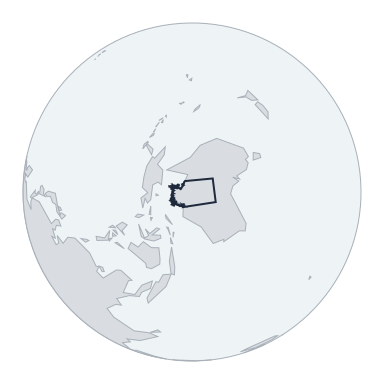 Northern Territory on an orthographic globe, rotated 263°
{"feature_id": "AUS-2650", "entity_name": "Northern Territory", "entity_type": "Territory", "adm_level": 1, "iso_a3": "AUS", "parent_name": "Australia", "parent_adm1": "", "projection": "orthographic", "projection_center": [133.869, -18.484], "detail": "fine", "context": "on_globe", "style": "outline", "palette": "slate", "viewbox_px": 384, "rotation_deg": 263, "n_neighbors": 0, "source": "natural_earth", "source_scale": "10m", "svg_char_len": 10753}
<svg xmlns="http://www.w3.org/2000/svg" viewBox="0 0 384 384"><g transform="rotate(263 192 192)"><circle cx="192" cy="192" r="169" fill="#eef3f6" stroke="#a8b0b8"/><path d="M309.0,200.7L309.0,202.0L308.8,202.1L309.0,200.7ZM278.4,46.8L278.3,46.7L278.2,46.7L278.4,46.8ZM342.6,123.1L341.2,119.5L342.9,122.3L342.6,123.1ZM339.8,117.0L340.4,118.3L339.7,117.2L339.8,117.0ZM338.9,116.0L339.5,116.8L339.0,116.3L338.9,116.0ZM337.9,115.1L338.4,115.4L338.4,115.5L337.9,115.1ZM336.0,112.6L335.4,111.9L335.7,111.9L336.0,112.6ZM188.7,23.1L189.5,23.1L190.2,23.0L203.5,23.4L216.7,24.9L229.8,27.3L242.7,30.8L241.9,30.6L247.9,32.6L243.4,31.4L242.4,31.8L234.0,30.0L234.0,30.9L236.3,31.7L238.0,33.8L233.4,36.4L226.8,30.8L231.7,28.5L228.8,28.8L226.3,27.9L223.4,27.7L221.6,28.3L223.3,28.8L204.6,27.3L194.1,30.2L202.4,30.9L205.5,32.8L200.9,39.2L177.7,48.6L181.6,53.3L180.5,56.2L174.1,57.7L175.5,53.3L170.8,51.5L172.6,49.1L162.8,50.7L165.0,47.4L156.3,50.8L157.4,53.5L165.2,52.9L156.8,57.8L162.2,63.2L160.6,70.1L143.9,83.0L130.3,87.7L129.0,90.2L124.8,87.7L117.4,93.3L123.8,107.4L122.9,111.9L111.7,121.6L111.8,118.2L100.6,111.5L97.2,122.8L105.6,130.8L108.5,141.8L101.4,139.1L98.6,129.7L94.7,127.1L96.8,117.3L95.4,104.3L88.3,108.1L89.8,102.7L86.8,93.5L77.2,99.2L61.3,117.5L57.5,132.2L52.7,140.4L50.9,122.4L54.1,109.6L50.8,112.5L51.0,104.7L44.0,111.1L45.3,108.5L43.5,111.5L43.6,111.3L49.6,101.0L56.3,91.3L63.7,82.0L71.8,73.3L80.4,65.1L89.6,57.6L99.2,50.8L109.4,44.6L119.9,39.2L130.8,34.5L142.0,30.6L153.5,27.5L165.1,25.2L176.9,23.7L188.7,23.1ZM39.4,119.4L40.2,117.9L44.2,110.4L41.9,115.2L41.7,117.6L33.8,134.4L29.3,146.3L33.8,132.6L39.4,119.4ZM26.6,157.4L28.1,152.0L27.2,155.8L23.9,176.6L23.0,191.1L24.0,174.2L26.6,157.4ZM26.1,223.9L26.3,225.0L30.0,239.8L32.0,246.4L26.1,223.9ZM39.1,263.8L39.5,264.6L39.7,265.2L39.1,263.8ZM90.8,297.2L94.1,298.8L93.0,299.8L90.8,297.2ZM30.1,228.1L39.0,256.8L38.9,259.5L35.4,252.7L29.8,236.2L28.9,228.9L27.5,220.6L30.1,228.1ZM149.2,167.6L154.3,168.4L154.2,169.2L149.2,167.6ZM143.7,164.8L149.5,165.0L142.9,166.6L143.7,164.8ZM151.8,165.2L157.6,163.7L160.2,162.5L159.8,164.1L151.8,165.2ZM139.9,165.0L119.7,165.8L111.9,164.4L113.6,161.3L126.1,161.1L139.9,165.0ZM113.0,161.3L101.4,154.7L87.1,135.0L92.2,134.4L107.4,145.3L106.4,147.8L113.4,153.2L113.0,161.3ZM141.7,145.0L140.7,152.3L129.4,152.1L124.3,151.2L120.8,142.3L122.8,137.6L126.8,137.4L143.7,121.7L149.4,125.3L143.9,131.7L148.6,137.7L141.7,145.0ZM57.8,133.4L59.3,141.3L56.9,143.7L57.8,133.4ZM151.3,111.6L144.0,117.9L150.9,109.5L151.3,111.6ZM155.9,104.0L156.0,107.0L153.5,104.0L155.9,104.0ZM128.1,94.2L123.7,95.2L124.0,93.1L129.8,90.7L128.1,94.2ZM159.3,76.2L157.8,81.7L156.4,83.7L155.2,80.3L159.3,76.2ZM271.0,265.3L273.6,268.3L269.0,273.1L262.3,277.2L255.3,276.5L271.0,265.3ZM217.8,264.5L216.2,256.6L223.8,257.6L221.9,263.8L217.8,264.5ZM275.7,262.3L279.8,257.1L279.9,248.4L281.1,256.9L286.0,259.8L275.4,268.6L275.7,262.3ZM185.6,230.1L154.2,241.9L146.9,240.1L147.7,234.3L138.8,217.5L141.1,217.8L138.3,206.8L156.2,196.8L168.7,180.0L179.9,181.8L187.6,170.4L199.6,172.6L196.6,181.7L209.8,190.0L217.0,169.6L226.6,194.6L237.3,205.7L242.2,223.0L229.3,248.5L220.3,252.3L217.8,249.0L214.3,251.3L207.7,248.8L202.5,238.4L199.1,240.8L201.8,234.2L197.1,239.8L193.0,233.3L185.6,230.1ZM271.7,203.6L273.9,205.1L277.8,211.0L274.3,208.8L271.7,203.6ZM303.6,203.0L304.9,205.7L302.5,205.0L303.6,203.0ZM308.8,202.1L305.9,201.4L309.0,200.7L308.8,202.1ZM281.3,192.8L282.5,194.8L281.7,195.0L281.3,192.8ZM280.4,192.0L281.5,190.0L281.5,192.4L280.4,192.0ZM269.5,175.6L270.6,174.8L271.3,175.9L269.5,175.6ZM162.0,168.6L169.0,163.0L173.0,162.8L162.0,168.6ZM267.5,172.4L264.4,171.3L264.7,170.2L267.5,172.4ZM267.6,169.7L267.1,167.8L269.3,172.5L267.6,169.7ZM261.5,164.1L265.4,168.2L261.1,164.3L261.5,164.1ZM259.3,163.8L256.5,161.8L256.7,161.3L259.3,163.8ZM230.0,158.9L240.1,171.0L232.4,169.0L223.6,161.1L217.4,165.7L202.9,162.6L206.0,159.5L203.9,153.9L189.4,150.1L186.5,146.4L191.5,144.7L182.1,141.2L192.3,140.6L196.7,148.0L202.5,143.3L213.0,146.2L223.3,150.3L232.0,157.2L230.0,158.9ZM192.7,155.9L194.5,156.1L193.0,158.1L192.7,155.9ZM251.3,156.4L255.3,161.0L254.9,161.7L253.0,160.7L251.3,156.4ZM233.9,156.4L243.1,152.7L245.4,153.4L239.3,158.6L233.9,156.4ZM240.8,148.4L245.2,150.3L247.6,154.2L246.7,154.8L240.8,148.4ZM171.8,147.6L171.5,149.5L168.9,147.9L171.8,147.6ZM175.1,146.7L183.1,149.4L174.5,148.3L175.1,146.7ZM152.0,139.3L154.2,143.7L161.1,141.1L155.9,145.0L160.7,152.6L159.2,155.4L154.3,147.2L152.9,155.6L149.9,155.4L148.0,148.2L151.0,139.6L154.0,136.2L166.7,135.1L152.0,139.3ZM175.0,141.2L173.0,136.0L174.5,132.7L176.7,135.5L175.0,141.2ZM167.2,123.7L162.2,117.9L157.3,119.9L167.5,112.6L170.6,119.2L167.2,123.7ZM163.5,111.5L158.8,113.2L163.8,109.0L163.5,111.5ZM157.8,111.4L157.7,107.7L161.1,108.3L157.8,111.4ZM165.8,111.7L167.2,105.5L168.7,109.2L165.8,111.7ZM157.1,99.7L163.9,105.7L154.4,103.0L155.5,91.7L159.7,91.4L157.1,99.7ZM189.9,60.3L189.7,57.9L193.9,57.7L192.8,59.4L189.9,60.3ZM207.4,56.2L194.9,56.9L184.9,58.2L187.4,59.5L184.0,63.6L181.0,59.4L189.0,55.5L196.3,55.3L198.7,52.3L204.9,51.0L205.4,47.3L208.5,46.2L210.3,49.6L207.4,56.2ZM205.4,45.8L208.7,40.5L216.0,42.4L216.9,44.0L212.3,45.5L208.7,44.4L205.4,45.8ZM211.6,39.9L208.2,38.9L205.7,31.8L207.0,30.9L212.8,36.6L209.8,36.0L209.1,37.6L211.6,39.9Z" fill="#d9dde1" stroke="#a8b0b8" stroke-width="1"/><path d="M178.1,181.5L178.7,181.9L178.7,182.2L178.6,182.6L178.8,182.4L178.8,182.6L178.9,182.2L178.8,181.4L178.9,181.6L179.1,181.5L179.5,181.7L179.8,182.0L179.8,182.4L180.0,182.3L180.1,182.5L180.2,182.4L179.9,181.7L180.0,181.4L180.4,181.5L180.8,181.2L180.9,181.3L180.9,181.0L180.4,181.3L180.4,181.2L180.2,181.3L180.0,181.1L179.8,180.7L180.2,180.7L180.4,180.5L180.0,180.6L179.6,180.5L179.1,180.2L179.2,179.9L179.5,179.4L179.5,179.1L179.8,179.2L179.8,178.9L179.9,179.0L180.2,178.9L180.1,178.5L180.4,178.2L180.6,177.3L180.7,177.5L180.8,177.5L181.3,177.3L181.6,176.9L181.9,177.0L181.2,176.4L181.3,175.8L181.4,175.7L181.5,175.8L181.8,175.7L181.9,175.0L182.0,175.0L182.2,174.9L182.4,174.9L182.6,175.1L182.9,175.1L182.5,174.8L182.5,174.7L182.6,174.3L182.5,174.2L183.1,174.3L183.1,174.7L183.5,174.9L183.5,174.7L183.7,174.8L183.4,174.5L183.7,174.6L183.4,174.3L183.2,174.3L183.2,174.2L183.5,174.0L183.9,174.1L183.7,173.5L183.8,173.4L184.0,173.4L184.5,173.7L184.6,173.1L184.7,173.6L185.0,173.8L186.0,173.7L186.3,173.6L186.8,173.8L187.3,173.4L187.4,173.6L187.7,173.6L187.8,173.8L187.7,174.1L187.9,173.8L187.9,173.4L188.2,173.2L188.6,173.3L188.8,173.3L188.4,173.1L188.5,172.5L188.3,172.3L188.6,171.9L188.3,171.8L188.0,171.4L187.7,171.3L186.9,171.5L186.7,171.4L186.7,171.2L186.4,171.2L186.5,171.0L185.9,170.9L186.0,170.8L186.1,170.6L186.3,170.5L186.4,170.8L186.5,170.7L186.5,170.4L186.8,170.7L186.9,171.0L187.0,170.9L187.1,171.2L187.3,171.0L187.1,170.9L187.1,170.4L187.4,170.8L187.4,170.5L187.6,170.4L187.7,170.8L187.9,170.6L188.0,170.7L188.5,171.5L189.0,171.2L189.7,171.5L190.0,172.1L190.5,172.0L190.4,172.2L190.7,172.1L190.9,172.3L191.0,172.2L191.0,172.5L191.1,172.4L191.4,172.4L191.8,172.1L192.1,172.1L191.9,172.4L191.9,172.5L192.2,172.7L192.5,172.5L192.8,172.6L192.9,172.8L192.9,173.2L193.2,172.8L193.6,173.1L194.1,173.1L194.6,172.8L194.9,173.3L195.2,173.4L195.5,173.7L195.9,173.8L195.7,173.6L196.3,173.6L195.9,173.5L196.2,173.3L196.5,173.2L196.6,173.3L196.8,173.1L197.0,173.2L197.3,173.0L196.9,173.1L197.0,172.8L197.4,172.8L197.8,172.5L197.8,172.2L198.0,172.3L197.9,172.5L197.3,173.0L197.9,172.9L197.1,173.4L197.4,173.9L197.8,173.4L197.9,173.5L198.3,173.1L198.0,173.6L198.3,173.6L198.1,174.0L198.2,174.3L198.9,174.3L199.2,173.7L198.7,173.5L199.8,172.7L199.5,172.9L199.7,173.0L200.0,173.8L200.3,173.8L200.3,173.6L200.1,173.6L200.3,173.5L200.7,173.6L200.8,174.0L201.0,174.0L200.3,174.6L200.5,174.3L200.3,174.4L200.3,174.7L200.1,174.8L200.1,175.1L199.9,175.1L199.9,175.4L199.7,175.2L199.7,175.3L199.5,175.2L199.5,175.5L200.0,175.9L199.8,176.0L199.7,175.8L199.7,176.1L199.5,176.6L199.4,176.5L199.0,176.8L199.2,176.6L199.2,176.1L199.0,176.4L198.8,176.3L198.8,176.5L198.6,176.7L198.5,176.3L198.3,176.6L198.3,176.8L198.1,176.5L197.9,176.7L197.8,177.0L198.0,177.1L197.7,177.2L197.7,177.6L197.9,177.9L197.8,178.0L198.0,178.1L198.2,177.8L198.3,177.8L198.1,178.5L197.9,178.7L197.8,179.4L197.4,179.6L197.1,180.1L196.7,180.7L196.3,180.9L196.6,181.6L198.7,183.0L198.8,183.4L199.5,183.9L200.1,184.3L200.1,184.6L200.3,184.5L200.7,184.6L200.9,184.4L201.9,185.1L203.0,185.5L203.3,186.1L203.7,186.4L202.9,214.2L179.1,214.3L178.1,181.5ZM185.3,171.2L185.2,171.4L185.1,171.5L185.1,171.8L184.8,171.7L184.6,172.2L183.6,172.8L182.3,172.0L181.9,170.7L182.0,170.5L182.3,170.9L182.5,170.9L182.5,171.2L182.8,171.3L182.9,171.2L183.5,171.0L183.8,171.3L183.8,171.0L184.1,170.8L184.3,171.2L184.3,170.8L184.5,170.6L184.6,170.9L184.9,170.8L185.1,171.2L185.3,171.2ZM200.9,179.3L200.8,179.7L200.7,179.7L200.2,179.6L199.9,179.7L199.3,179.4L199.0,179.5L199.3,179.2L199.3,178.3L199.6,178.4L199.6,178.2L199.8,178.3L199.9,178.2L199.7,177.9L199.9,178.0L200.2,177.8L200.0,178.1L200.2,178.4L200.4,178.4L200.5,178.1L200.7,178.3L200.5,178.6L200.3,178.7L200.3,178.8L200.1,179.1L200.2,179.4L200.3,179.3L200.6,179.5L200.7,179.3L200.9,179.3ZM182.1,172.1L182.6,172.3L182.3,172.5L181.8,172.3L181.1,172.5L180.9,172.4L181.0,172.3L181.0,172.1L181.4,172.1L181.4,171.6L181.6,171.1L181.8,171.0L182.0,171.4L181.9,171.6L182.2,171.8L182.1,172.1ZM188.0,170.5L188.1,170.3L187.9,170.1L188.2,170.1L188.3,169.9L188.3,170.5L188.3,171.0L188.0,170.5ZM201.1,183.7L201.2,184.1L201.1,184.3L200.8,183.9L200.7,183.9L200.9,183.6L201.1,183.7ZM200.4,170.2L200.2,170.7L199.7,171.3L200.2,170.6L200.2,170.2L200.4,170.2ZM198.9,178.0L198.8,178.4L198.7,178.4L198.6,178.1L198.5,178.4L198.4,178.3L198.4,178.0L198.6,178.1L198.7,177.9L198.9,178.0ZM199.1,171.8L199.5,171.4L199.2,171.8L198.7,172.0L198.9,171.7L199.1,171.8ZM199.8,183.4L199.7,183.7L199.5,183.4L199.8,183.4ZM188.4,171.9L188.5,172.0L188.3,172.1L188.1,171.9L188.4,171.9ZM198.8,173.0L199.1,172.9L198.9,173.1L198.5,173.1L198.8,173.0ZM200.0,183.7L200.1,183.9L199.9,184.1L199.8,183.9L200.0,183.7ZM200.3,183.7L200.4,183.8L200.1,184.0L200.1,183.7L200.3,183.7ZM198.5,177.5L198.4,177.0L198.7,177.2L198.6,177.3L198.5,177.5ZM179.6,181.3L179.8,181.5L179.8,181.8L179.6,181.3ZM190.5,171.8L190.9,171.8L190.5,171.9L190.5,171.8ZM198.0,172.1L198.3,171.9L198.2,172.1L198.0,172.1ZM200.6,183.5L200.4,183.4L200.6,183.3L200.6,183.5ZM190.9,171.3L191.0,171.5L190.6,171.6L190.6,171.4L190.9,171.3ZM197.3,181.3L197.4,181.5L197.2,181.5L197.3,181.3ZM194.8,173.0L195.0,173.1L195.0,173.3L194.8,173.0ZM187.6,173.2L187.8,173.2L187.8,173.3L187.6,173.2ZM199.9,172.2L199.8,172.4L199.6,172.4L199.9,172.2ZM179.9,181.4L179.9,181.5L179.8,181.3L179.9,181.4ZM195.6,172.7L195.4,172.8L195.4,172.7L195.6,172.7ZM199.5,172.7L199.5,172.4L199.5,172.7ZM200.5,173.2L200.5,173.4L200.4,173.3L200.5,173.2Z" fill="none" stroke="#1e293b" stroke-width="2"/></g></svg>